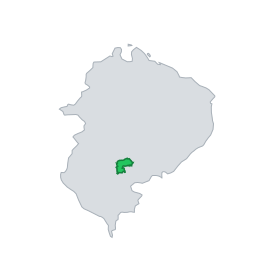 Siem Bouk, Stœng Trêng, Cambodia shown in context, rotated 139°
{"feature_id": "14789045B16861695729461", "entity_name": "Siem Bouk", "entity_type": "district", "adm_level": 2, "iso_a3": "KHM", "parent_name": "Cambodia", "parent_adm1": "Stœng Trêng", "projection": "mercator", "projection_center": [105.84, 13.315], "detail": "fine", "context": "in_parent", "style": "filled", "palette": "green", "viewbox_px": 256, "rotation_deg": 139, "n_neighbors": 0, "source": "geoboundaries", "source_scale": "gbopen_adm2", "svg_char_len": 5646}
<svg xmlns="http://www.w3.org/2000/svg" viewBox="0 0 256 256"><g transform="rotate(139 128 128)"><path d="M211.8,55.9L212.3,57.8L210.9,61.3L209.4,64.5L206.7,67.3L206.6,69.4L205.6,75.5L206.0,77.4L206.6,79.1L207.5,80.0L209.9,86.0L212.1,91.4L214.2,95.9L214.6,98.7L212.6,105.9L210.3,112.4L210.5,115.7L211.5,119.0L212.6,123.3L213.0,128.9L212.4,132.5L211.3,134.8L209.4,137.1L207.6,138.3L205.6,136.3L203.9,136.2L201.7,136.8L200.0,137.7L196.4,141.1L192.5,144.4L187.0,145.3L184.9,147.7L182.7,148.0L178.4,148.2L175.5,148.7L175.7,150.0L175.4,155.8L175.5,157.1L175.1,157.5L173.1,157.7L169.8,156.8L165.4,155.3L162.2,155.1L160.6,157.6L159.6,158.6L158.4,158.8L157.1,159.2L156.7,160.4L156.6,161.8L157.2,164.2L157.4,168.0L157.3,170.6L158.4,172.3L165.2,177.8L167.3,179.2L167.5,180.0L166.3,183.1L167.4,187.3L165.2,187.2L161.7,185.4L160.0,184.3L157.9,185.2L157.2,185.0L155.8,182.9L154.0,180.8L152.1,180.6L148.1,181.5L144.1,182.1L142.5,182.1L141.9,182.5L139.5,185.6L138.5,185.1L134.5,183.9L130.7,183.4L130.0,184.2L130.4,186.8L131.2,189.3L130.7,190.4L128.7,191.7L126.0,194.1L124.3,196.0L123.2,196.4L119.1,196.4L114.9,196.6L113.3,198.3L111.8,199.7L110.4,200.1L105.1,195.8L94.4,194.2L93.2,192.3L92.2,192.0L91.2,194.4L85.4,196.8L82.9,195.4L81.1,193.6L81.4,191.5L83.1,189.8L86.0,188.5L87.3,184.1L85.1,178.5L83.2,176.9L81.1,175.6L79.0,177.6L77.2,181.2L75.3,183.1L72.6,183.5L68.7,183.3L67.2,178.0L66.7,173.4L67.2,168.2L67.8,165.1L64.0,160.8L63.8,156.7L62.0,154.6L61.5,155.7L61.5,156.8L61.0,156.0L55.1,144.0L54.1,138.4L55.1,134.2L55.7,132.7L54.0,130.5L51.6,127.9L47.3,124.5L47.0,119.2L46.1,113.0L44.8,110.8L42.8,107.0L41.8,103.8L41.4,95.3L42.0,94.6L45.0,94.3L48.9,93.7L49.5,92.4L48.8,91.2L51.3,89.3L54.8,85.1L57.6,80.7L59.5,77.9L60.7,75.1L64.7,71.2L70.2,68.5L74.0,67.9L77.9,67.0L81.6,65.7L83.4,65.5L88.0,67.1L90.5,67.5L93.1,67.5L95.9,67.7L98.2,67.5L103.9,66.4L109.9,67.3L115.3,66.6L122.0,65.3L125.3,66.1L128.2,67.4L128.6,70.0L129.3,71.2L130.3,72.1L131.7,72.1L133.4,70.3L134.8,68.4L135.2,68.1L135.3,69.0L136.0,71.0L137.3,73.0L138.6,74.3L140.7,76.1L142.1,76.1L146.6,74.5L153.5,76.9L154.3,78.1L156.5,80.6L158.9,82.3L164.2,82.4L166.1,78.1L165.2,75.5L162.1,70.9L161.3,68.2L162.3,67.7L167.4,67.2L168.2,66.6L169.4,63.7L170.8,64.0L173.6,64.4L176.6,62.4L178.4,60.2L179.4,61.2L180.5,62.7L181.6,63.6L183.8,64.8L186.2,66.7L187.7,68.4L188.9,69.1L191.9,68.6L192.7,68.7L194.5,66.5L195.7,65.4L196.8,65.7L198.3,65.7L201.5,62.9L203.3,60.4L204.3,59.7L207.2,61.0L208.3,60.7L210.0,57.3L211.8,55.9ZM65.2,170.9L64.6,171.3L64.0,171.2L63.5,170.8L63.5,168.8L63.9,167.6L64.9,167.4L65.2,170.9ZM74.1,189.8L72.9,191.1L71.0,188.5L71.0,187.7L74.1,189.8Z" fill="#d9dde1" stroke="#a8b0b8" stroke-width="1"/><path d="M148.5,105.7L149.0,105.7L149.2,105.8L149.4,106.0L149.5,106.1L150.2,106.2L150.5,106.3L150.8,106.5L151.1,106.6L151.7,106.5L151.8,106.5L152.0,106.5L152.3,106.6L153.3,107.2L153.5,107.3L153.8,107.5L153.9,107.8L154.5,108.2L154.9,108.5L155.0,108.5L155.3,108.9L155.5,109.0L155.8,109.2L156.0,109.1L156.3,109.2L156.4,109.3L156.5,109.3L156.8,109.4L156.9,109.5L157.0,109.5L157.3,109.6L157.6,109.6L157.8,109.6L158.0,109.5L158.1,109.4L158.3,109.4L158.4,109.2L158.6,109.1L158.9,108.9L159.0,108.9L159.4,108.8L159.5,108.7L159.5,108.8L159.5,108.7L159.6,108.8L159.6,108.7L159.8,108.5L159.9,108.4L160.1,108.4L160.2,108.2L160.2,107.9L160.3,107.8L160.4,107.7L160.5,107.7L160.6,107.4L160.7,107.2L160.8,107.1L160.8,106.9L160.9,106.7L160.8,106.3L160.8,105.9L160.9,105.7L161.0,105.7L161.4,105.8L161.7,105.9L161.9,106.1L162.2,106.2L162.3,106.2L162.6,105.9L162.8,105.9L162.8,105.7L162.8,105.4L162.8,105.2L162.8,104.9L162.8,104.7L163.0,104.6L163.1,104.4L163.2,104.2L163.3,104.1L163.4,103.9L163.5,103.9L163.5,103.7L163.8,103.5L163.9,103.4L163.9,103.2L164.0,103.0L164.2,102.9L164.3,102.9L164.3,102.7L164.5,102.5L164.5,102.4L164.6,102.2L164.8,102.2L164.8,101.9L164.8,102.0L164.8,101.8L164.7,101.8L164.7,101.7L164.8,101.6L165.0,101.5L165.2,101.4L165.3,101.4L165.4,101.2L165.5,101.2L165.8,101.1L166.0,101.1L166.0,100.5L166.0,100.3L166.0,100.2L165.9,100.1L165.7,100.1L164.9,100.1L164.7,100.1L164.2,100.4L163.7,99.9L163.5,99.7L162.8,99.0L162.3,98.6L162.2,98.4L162.0,98.1L161.9,98.1L161.7,98.0L161.3,98.2L161.1,98.3L160.2,98.4L159.9,98.1L159.7,97.8L159.6,97.4L159.6,96.6L159.6,96.4L159.7,96.1L159.4,96.4L159.2,96.5L158.6,97.4L158.5,97.7L158.3,98.8L158.3,99.0L158.0,99.3L157.7,99.6L157.5,99.9L157.5,100.1L157.4,100.3L157.5,100.5L157.6,100.8L157.7,101.0L157.8,101.0L158.8,101.4L158.8,101.5L158.7,101.5L158.4,101.5L158.2,101.5L157.8,102.0L157.6,102.1L157.4,102.3L157.2,102.4L156.9,102.5L156.7,102.5L156.5,102.4L156.3,102.4L156.2,102.3L156.1,102.2L156.0,101.9L155.9,101.8L155.8,101.7L155.7,101.7L155.4,101.5L155.3,101.3L155.3,101.2L155.0,101.1L154.9,100.9L154.7,100.7L154.3,100.5L154.0,100.4L153.9,100.4L153.8,100.2L153.8,100.3L153.7,100.3L153.6,100.2L153.4,100.2L153.2,100.1L153.1,99.9L152.9,99.9L152.9,99.7L152.7,99.6L152.5,99.4L152.5,99.5L152.5,99.4L152.4,99.4L152.2,99.3L151.9,99.3L151.9,99.2L151.7,99.2L151.3,99.1L151.2,99.0L151.2,98.9L151.0,98.6L150.9,98.6L150.8,98.4L150.8,98.2L150.7,98.2L150.8,98.1L150.7,98.1L150.6,97.9L150.4,97.8L150.1,97.6L149.9,97.5L149.9,97.4L149.8,97.5L149.7,97.4L149.6,97.5L149.4,97.6L149.2,97.8L148.9,98.0L148.7,98.1L148.3,98.2L148.2,98.2L147.9,98.3L147.7,98.3L147.4,98.3L147.1,98.4L146.9,98.5L147.1,98.6L147.1,98.8L147.1,99.0L147.1,99.3L147.3,99.6L147.3,100.0L147.3,100.4L147.2,100.5L147.2,100.8L147.1,101.1L147.2,101.4L147.3,101.7L147.2,101.9L147.2,102.0L147.2,102.4L147.2,102.6L147.2,102.8L147.3,103.1L147.2,103.2L147.2,103.3L147.3,103.5L147.2,103.6L147.2,103.8L147.2,104.0L147.9,104.4L148.4,105.0L148.5,105.0L148.5,105.3L148.5,105.7Z" fill="#22c55e" stroke="#15803d" stroke-width="1.5"/></g></svg>